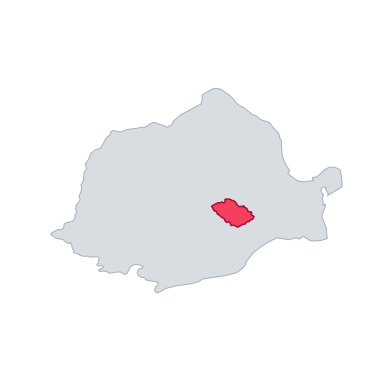 Romania, with Prahova highlighted, rotated 341°
{"feature_id": "ROU-310", "entity_name": "Prahova", "entity_type": "County", "adm_level": 1, "iso_a3": "ROU", "parent_name": "Romania", "parent_adm1": "", "projection": "natural_earth1", "projection_center": [26.063, 45.125], "detail": "fine", "context": "in_parent", "style": "filled", "palette": "rose", "viewbox_px": 384, "rotation_deg": 341, "n_neighbors": 0, "source": "natural_earth", "source_scale": "10m", "svg_char_len": 5294}
<svg xmlns="http://www.w3.org/2000/svg" viewBox="0 0 384 384"><g transform="rotate(341 192 192)"><path d="M292.7,212.1L296.0,216.2L300.2,218.4L309.9,220.7L310.8,220.4L310.9,219.9L310.2,219.4L310.1,218.6L310.6,217.7L311.9,217.6L314.1,218.4L318.2,217.2L324.3,214.0L329.9,213.3L335.1,215.2L337.7,217.5L339.5,219.6L339.0,222.3L338.7,223.9L337.4,230.7L336.5,233.3L335.1,236.1L319.1,239.5L320.2,237.9L319.7,235.0L319.1,232.9L320.5,230.9L316.9,230.2L315.4,231.3L314.2,233.2L315.3,237.5L313.6,239.8L312.9,241.2L312.9,244.3L311.9,245.7L311.7,247.2L314.2,246.8L313.1,249.5L308.4,254.8L306.7,257.9L307.3,270.3L305.2,277.7L305.0,279.9L300.0,280.0L298.4,279.8L293.6,278.7L288.2,276.7L285.0,272.9L282.9,270.1L278.3,271.4L277.5,271.0L276.2,269.7L272.7,268.8L268.5,268.8L258.9,263.8L257.8,263.0L250.3,263.8L239.0,266.3L230.4,269.3L221.6,274.8L217.9,278.9L213.8,281.1L207.8,282.7L197.2,282.1L186.1,280.0L174.2,277.8L167.8,279.0L159.1,278.1L146.1,275.5L136.3,274.7L126.7,276.2L125.1,275.0L124.7,273.7L125.1,271.7L126.5,270.1L128.9,269.0L130.1,267.8L130.2,266.5L127.7,264.6L122.3,261.9L120.2,260.2L119.6,259.8L119.5,258.3L118.4,257.1L116.3,256.2L114.8,254.6L113.7,252.3L113.9,250.2L115.6,248.2L117.7,247.3L120.2,247.6L121.3,247.0L120.9,245.6L118.4,243.8L113.9,241.6L109.3,242.8L104.5,247.4L101.1,248.1L99.1,245.0L95.4,243.2L90.2,242.6L86.9,241.4L85.7,239.6L83.4,238.3L78.4,236.8L78.3,235.4L79.1,235.1L81.0,235.0L83.4,234.7L83.8,233.9L83.8,233.1L81.9,232.2L80.0,231.6L79.0,231.0L78.4,230.3L78.3,229.6L78.8,229.1L79.6,229.1L80.4,228.6L80.9,227.0L81.9,225.6L82.7,225.1L82.7,224.1L81.9,223.1L80.9,222.3L79.3,221.8L74.5,220.4L72.1,218.4L70.6,218.3L68.2,217.2L65.7,215.5L63.5,213.0L61.2,211.4L60.6,210.7L60.5,210.1L61.0,209.4L61.0,208.7L60.4,206.3L60.9,203.7L60.8,201.3L60.8,200.2L60.4,199.9L59.9,200.3L59.3,200.7L58.8,200.8L57.0,199.1L54.9,195.5L53.4,194.3L50.5,192.7L48.1,191.3L46.3,188.3L44.5,186.1L45.8,185.1L52.9,183.8L56.1,185.1L57.6,184.6L59.1,183.5L59.9,182.7L60.1,181.8L60.8,180.6L63.2,180.1L69.5,180.8L72.1,179.2L73.0,178.3L73.6,176.4L74.3,174.9L76.6,174.1L76.6,172.7L76.3,171.1L77.7,167.7L78.5,166.4L79.8,165.8L81.3,164.8L84.0,162.5L83.5,160.6L84.0,159.2L86.9,155.7L89.1,152.3L89.1,150.6L89.4,149.2L91.3,147.6L93.3,145.5L96.0,138.9L97.0,137.8L98.7,136.6L100.0,135.3L100.2,131.0L101.4,129.8L103.7,128.4L106.0,126.2L107.9,123.5L109.3,122.3L111.2,121.9L113.2,120.9L115.5,120.5L117.7,121.0L119.1,120.8L121.3,119.5L126.7,114.6L127.5,113.7L128.6,113.0L133.0,111.3L134.1,109.7L135.7,108.2L137.6,108.3L143.9,112.0L150.7,111.8L151.9,111.9L152.3,112.0L153.1,112.3L162.1,114.1L163.6,113.9L163.9,113.8L167.6,115.3L170.8,115.1L173.8,114.0L177.0,113.7L179.9,114.3L182.1,116.4L187.9,121.0L189.6,122.7L192.2,122.4L195.1,121.6L198.1,118.5L207.2,115.1L214.1,114.2L220.9,112.9L228.7,111.9L231.0,109.1L232.2,107.2L233.1,103.6L237.3,102.6L241.3,101.9L242.7,101.4L245.6,101.3L247.9,101.6L251.4,103.3L253.9,105.5L254.8,107.3L256.9,109.7L259.2,113.2L261.6,117.8L262.2,120.1L263.1,122.7L264.9,125.7L268.4,129.1L268.9,129.8L270.5,132.2L273.6,137.5L276.1,139.6L278.3,141.9L279.4,144.3L281.0,146.4L284.8,149.2L287.8,151.7L290.3,159.1L292.0,162.5L293.1,165.1L292.7,170.3L293.4,172.5L292.0,176.6L289.6,184.9L289.0,191.4L289.5,195.0L289.6,197.2L290.2,198.7L290.9,201.7L291.0,204.3L290.1,205.0L288.9,205.7L288.4,206.2L289.5,207.4L291.1,209.6L292.7,212.1Z" fill="#d9dde1" stroke="#a8b0b8" stroke-width="1"/><path d="M230.3,239.4L229.5,239.1L228.8,239.1L226.9,239.7L225.0,239.7L224.7,240.2L224.6,240.3L224.2,240.2L223.6,239.9L223.2,239.6L221.0,237.2L220.5,237.0L220.0,236.8L218.5,236.6L218.2,236.4L217.9,236.0L217.8,235.3L217.9,234.7L218.0,234.1L218.0,233.6L217.8,233.0L217.4,232.4L217.1,232.1L216.8,232.0L216.6,232.0L216.3,232.1L216.0,232.2L215.6,232.2L215.2,232.0L214.9,231.9L214.6,231.6L214.3,231.2L214.1,230.7L213.9,229.7L213.7,228.0L213.6,227.6L213.3,227.2L212.0,225.9L210.3,222.9L209.9,222.4L209.6,222.1L209.3,221.8L208.8,221.1L208.8,220.5L208.9,219.8L208.9,219.4L208.8,219.0L208.6,218.6L208.2,218.0L207.9,217.7L207.6,217.5L207.3,217.3L207.0,217.1L206.8,216.7L206.6,216.3L206.4,214.5L205.9,212.0L206.4,211.7L206.8,211.6L212.0,210.7L212.8,210.7L214.1,210.9L215.4,211.4L215.9,211.5L216.7,211.2L217.1,211.2L217.5,211.4L217.7,211.7L218.1,212.3L218.4,212.5L218.8,212.6L219.4,212.4L220.0,212.0L220.3,211.5L220.4,211.0L220.5,210.5L220.6,210.1L220.9,209.8L221.3,209.6L222.0,209.7L223.6,210.6L225.1,210.8L227.0,212.8L228.2,213.7L228.7,214.0L229.1,214.6L230.2,216.7L230.3,217.3L230.3,217.7L230.1,218.0L230.0,218.3L230.2,218.7L231.1,219.5L231.4,219.9L231.5,220.4L231.5,220.7L231.6,221.0L231.9,221.3L232.3,221.5L232.7,221.6L234.1,221.5L234.5,221.6L234.8,221.8L234.9,222.3L235.2,222.6L235.5,222.6L236.3,222.1L236.5,222.0L236.7,222.4L236.6,222.7L236.6,223.1L236.7,223.5L237.1,224.0L237.8,224.5L238.1,224.9L238.3,225.3L238.5,225.9L238.6,226.4L238.6,227.9L238.8,228.5L239.0,228.9L239.5,229.2L240.4,229.5L240.6,229.6L241.3,230.2L241.6,230.5L241.7,230.8L241.7,231.4L241.4,231.7L240.9,232.2L240.7,232.5L240.7,232.9L240.8,233.3L242.0,234.3L242.6,235.3L241.8,236.2L241.4,236.8L241.2,237.0L240.8,237.3L240.4,237.5L239.9,237.6L238.3,237.4L237.8,237.5L237.4,237.8L237.2,238.1L236.9,238.4L236.5,238.5L235.8,238.5L235.1,238.1L234.7,238.0L234.3,238.1L233.2,238.5L232.1,239.5L230.8,239.4L230.3,239.4Z" fill="#f43f5e" stroke="#9f1239" stroke-width="1.5"/></g></svg>